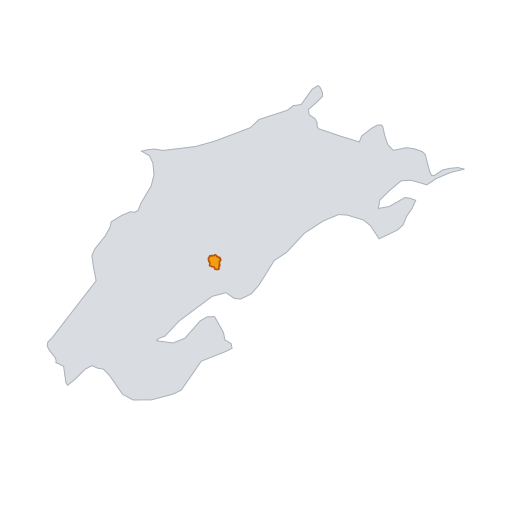 location of Atenas, Alajuela, Costa Rica, rotated 288°
{"feature_id": "36466004B19113363200971", "entity_name": "Atenas", "entity_type": "district", "adm_level": 2, "iso_a3": "CRI", "parent_name": "Costa Rica", "parent_adm1": "Alajuela", "projection": "mercator", "projection_center": [-84.397, 9.98], "detail": "fine", "context": "in_parent", "style": "filled", "palette": "amber", "viewbox_px": 512, "rotation_deg": 288, "n_neighbors": 0, "source": "geoboundaries", "source_scale": "gbopen_adm2", "svg_char_len": 4408}
<svg xmlns="http://www.w3.org/2000/svg" viewBox="0 0 512 512"><g transform="rotate(288 256 256)"><path d="M437.2,262.3L436.6,264.3L434.7,266.4L432.0,268.6L428.5,270.0L419.9,265.6L411.5,260.6L406.8,262.9L405.0,269.4L401.9,272.8L398.0,274.1L396.4,276.3L396.1,298.3L396.4,319.0L402.8,319.4L413.4,326.6L417.9,330.9L419.4,334.8L418.1,336.7L410.3,341.2L402.7,346.9L398.9,354.0L405.5,365.6L406.9,373.4L406.7,381.6L404.9,385.5L390.2,394.9L386.9,398.2L387.4,400.5L395.5,407.0L399.3,413.3L402.5,420.8L403.0,427.4L395.6,415.2L385.4,403.6L376.5,396.5L375.9,379.8L372.3,370.7L358.9,362.4L347.5,356.5L339.0,357.7L344.2,367.3L357.6,379.6L358.5,384.4L358.3,390.7L349.1,389.7L340.9,387.1L331.0,386.3L324.4,382.5L310.4,367.8L320.3,355.3L323.4,347.1L323.1,330.0L320.9,321.7L310.1,309.1L292.9,295.2L268.8,283.9L257.5,274.8L229.3,267.8L218.5,263.2L210.2,254.6L208.9,248.4L211.9,238.9L204.1,226.8L170.5,203.0L151.7,194.2L147.7,189.1L144.7,187.5L147.6,203.9L155.8,213.8L177.2,223.0L183.1,228.4L185.5,235.4L173.1,248.8L166.7,252.2L164.9,259.5L160.8,261.7L156.5,257.5L139.1,236.5L105.5,226.4L99.4,220.3L86.9,201.1L81.1,183.6L83.2,171.9L97.0,153.7L101.3,145.7L100.4,140.8L100.9,133.7L95.7,128.6L83.0,122.1L74.8,116.8L77.0,114.2L91.7,107.1L92.6,100.8L92.6,98.7L94.9,98.2L97.1,96.5L98.4,94.8L102.4,88.6L105.9,85.2L109.9,84.6L114.8,87.2L133.3,93.8L153.8,101.1L183.0,111.6L195.2,104.9L205.6,99.8L212.8,100.5L228.5,106.4L238.0,108.3L243.8,107.7L253.9,116.5L259.3,123.0L260.2,127.4L263.3,129.8L271.1,130.3L290.3,134.7L302.0,133.8L312.7,129.1L318.5,123.5L320.3,114.7L323.0,119.0L326.2,125.9L327.6,134.8L341.3,164.4L352.3,181.0L376.4,211.1L386.8,216.7L404.4,240.9L410.5,244.9L413.9,252.1L432.1,257.9L437.2,262.3Z" fill="#d9dde1" stroke="#a8b0b8" stroke-width="1"/><path d="M241.7,223.5L241.7,223.2L241.8,223.1L242.1,223.1L242.4,223.0L242.5,223.0L242.7,222.8L242.9,222.7L243.1,222.4L243.3,222.1L243.4,221.9L243.2,221.8L243.1,221.7L242.9,221.6L243.1,221.5L243.2,221.4L243.3,221.3L243.3,221.1L243.3,220.9L243.2,220.6L243.2,220.4L243.3,220.3L243.4,220.2L243.5,220.0L243.6,219.9L243.7,219.7L243.7,219.4L243.6,219.2L243.4,219.1L243.4,218.8L243.4,218.7L243.5,218.6L243.8,218.5L243.9,218.4L244.1,218.3L244.2,218.2L244.3,218.1L244.3,217.9L244.3,217.7L244.5,217.5L244.5,217.4L244.5,217.2L244.6,216.7L244.4,216.5L244.4,216.4L244.3,216.2L244.2,216.1L243.6,216.2L243.4,216.0L243.3,215.9L243.3,215.7L243.2,215.6L243.1,215.4L243.0,215.2L242.9,215.0L242.9,214.9L242.9,214.5L242.9,214.4L242.6,214.2L242.4,214.0L242.4,213.9L242.5,213.9L242.6,213.7L242.4,213.7L242.2,213.6L242.1,213.4L242.1,213.1L242.0,212.9L242.1,212.7L242.0,212.3L242.0,212.1L241.9,212.0L241.8,211.9L241.4,211.9L241.2,211.8L240.8,211.8L240.5,211.8L240.4,211.7L240.1,211.7L240.1,211.8L239.9,211.7L239.7,211.6L239.3,211.5L239.2,211.4L239.0,211.5L238.8,211.6L238.6,211.6L238.4,211.7L238.3,211.8L238.2,211.8L237.9,211.9L237.9,212.0L237.6,211.9L237.0,212.4L237.0,212.5L236.9,212.5L236.7,212.6L236.4,212.7L236.3,212.8L236.2,212.8L236.0,213.0L235.9,213.1L235.8,213.5L235.7,213.7L235.7,213.9L235.8,213.9L235.8,214.0L235.7,214.2L235.4,214.2L235.2,214.3L234.6,214.4L234.5,214.5L234.4,214.5L234.2,214.5L233.7,214.5L233.4,214.6L233.2,214.7L232.8,214.7L232.6,214.7L232.4,214.8L232.4,215.5L232.5,215.6L232.5,215.8L232.5,216.1L232.5,216.3L232.5,216.6L232.3,216.8L232.2,216.9L232.2,217.0L232.2,217.3L232.3,217.4L232.4,217.6L232.4,217.8L232.4,218.4L232.4,218.6L232.4,218.8L232.5,218.9L232.6,219.2L232.5,219.3L232.4,219.5L232.2,219.9L232.1,220.0L231.9,220.1L231.8,220.3L231.7,220.3L231.4,220.4L231.2,220.6L230.8,221.0L230.9,221.3L230.9,221.7L230.9,221.8L230.8,222.1L230.8,222.4L230.8,222.5L231.0,222.9L231.1,223.0L231.3,223.5L231.5,223.8L231.5,224.0L231.6,224.4L231.8,224.3L232.1,224.4L232.2,224.5L232.2,224.4L232.3,224.4L232.5,224.3L232.6,224.2L232.8,224.2L232.8,224.3L233.0,224.3L233.3,224.3L233.6,224.3L233.7,224.2L233.8,224.2L234.0,224.1L234.1,224.3L234.5,224.4L234.8,224.3L235.0,224.2L235.3,224.2L235.5,224.0L235.7,223.9L235.7,224.0L235.8,224.2L235.8,224.3L236.0,224.4L236.0,224.5L236.7,224.2L236.8,224.1L236.8,223.9L236.8,223.7L237.1,223.6L237.3,223.7L237.6,223.7L237.9,223.5L238.1,223.4L238.3,223.3L238.6,223.3L238.8,223.3L238.8,223.1L238.8,222.9L239.1,222.8L239.3,222.8L239.5,222.8L239.6,223.2L239.7,223.3L239.9,223.2L240.1,223.1L240.3,223.3L240.4,223.5L240.5,223.6L240.8,223.7L241.0,223.8L241.3,223.8L241.4,223.6L241.6,223.5L241.7,223.5Z" fill="#f59e0b" stroke="#b45309" stroke-width="1.5"/></g></svg>